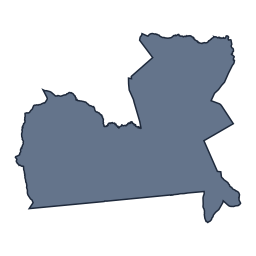 the district of Kalulushi, Copperbelt, Zambia
{"feature_id": "96606910B20946814397752", "entity_name": "Kalulushi", "entity_type": "district", "adm_level": 2, "iso_a3": "ZMB", "parent_name": "Zambia", "parent_adm1": "Copperbelt", "projection": "natural_earth1", "projection_center": [27.971, -12.761], "detail": "fine", "context": "isolated", "style": "filled", "palette": "slate", "viewbox_px": 256, "rotation_deg": 0, "n_neighbors": 0, "source": "geoboundaries", "source_scale": "gbopen_adm2", "svg_char_len": 5722}
<svg xmlns="http://www.w3.org/2000/svg" viewBox="0 0 256 256"><path d="M25.0,113.4L25.2,116.5L24.8,117.3L24.9,118.1L24.6,120.1L25.0,120.5L24.9,121.0L25.0,122.0L24.4,123.1L23.6,123.7L23.6,124.7L23.2,125.1L22.7,126.2L22.8,127.1L22.5,126.9L22.2,127.1L22.3,128.5L21.9,130.0L22.2,130.3L22.1,130.9L22.3,131.5L21.6,133.9L21.8,136.9L22.4,138.0L22.2,139.3L23.3,140.9L23.4,141.5L23.1,142.4L23.3,143.1L23.3,143.8L22.4,145.5L22.2,146.7L21.4,147.5L21.6,148.4L21.2,148.4L20.6,149.3L20.5,150.3L20.7,151.7L19.7,153.4L19.6,154.7L17.3,156.1L16.1,156.4L15.6,156.8L15.4,157.4L16.9,159.2L16.3,161.0L16.4,161.8L17.1,162.6L17.1,163.0L19.0,165.0L19.1,165.4L20.1,165.2L21.4,166.1L22.2,166.3L22.8,166.1L23.5,166.4L23.7,169.7L24.3,171.3L24.3,172.2L24.6,173.0L24.5,173.8L24.9,174.2L24.7,175.5L24.9,175.7L25.0,176.2L24.9,177.2L25.2,178.8L25.5,179.4L25.8,182.1L26.3,182.7L26.8,185.5L26.6,187.6L27.4,189.9L27.4,193.1L27.9,194.9L30.5,198.9L32.0,200.0L33.1,202.7L29.2,208.6L104.2,201.5L104.6,201.1L107.1,201.1L171.1,194.9L171.0,195.2L173.0,195.0L173.2,194.7L178.1,194.2L180.2,193.7L183.9,193.6L187.5,193.0L204.1,191.5L204.2,193.9L203.4,196.0L203.0,197.9L203.2,204.0L203.0,206.6L203.3,207.8L203.9,208.7L204.5,211.0L204.4,212.4L204.5,213.5L204.3,214.5L204.8,218.1L206.0,221.3L206.3,221.2L207.3,222.2L207.8,222.5L208.3,222.0L210.0,221.2L211.4,219.7L211.9,218.1L212.9,216.8L213.5,214.9L215.6,212.3L218.8,209.6L222.8,202.6L223.2,200.8L227.5,204.7L229.0,205.9L230.4,206.4L233.7,206.5L235.7,205.8L237.5,205.7L238.7,205.4L239.1,204.7L239.7,204.5L240.6,203.2L239.2,200.4L238.9,198.7L239.2,198.0L238.8,197.5L239.2,196.9L239.5,194.7L238.8,192.9L238.0,191.9L236.3,190.9L236.0,191.0L234.9,190.0L233.1,189.2L232.3,188.5L231.8,187.5L230.0,186.5L229.3,184.7L228.4,183.8L228.2,183.1L227.6,182.4L223.6,179.5L223.3,178.9L221.7,177.4L221.4,176.7L220.8,171.8L217.4,171.4L203.9,140.7L233.3,123.7L221.9,106.3L220.6,104.6L219.4,103.8L211.1,100.7L214.5,93.3L218.5,89.6L221.5,85.5L224.5,82.2L228.4,73.3L232.4,65.3L233.6,63.8L234.0,62.9L234.5,60.5L234.3,60.2L233.5,60.1L233.4,59.1L233.5,58.3L234.2,56.9L234.1,56.5L232.7,55.2L231.5,54.5L231.5,54.0L232.4,53.6L232.5,52.0L233.3,51.5L233.5,51.1L233.3,49.1L232.9,48.4L231.8,47.7L231.2,46.5L231.3,45.4L231.8,44.3L231.0,40.0L230.1,39.7L228.9,40.1L228.4,39.8L228.1,38.6L228.5,37.6L228.5,36.9L227.7,36.0L226.3,35.9L225.5,37.8L224.9,38.4L223.8,37.8L223.5,38.2L223.2,38.2L223.1,37.9L222.8,38.2L221.7,38.0L221.2,38.3L221.1,38.0L220.2,37.9L219.7,37.4L219.4,37.8L219.2,37.6L218.5,37.7L218.4,37.5L218.2,37.7L217.6,37.8L216.4,37.0L215.5,36.8L214.8,36.9L213.9,36.6L214.0,36.8L213.6,37.3L211.4,38.7L211.3,39.2L210.6,39.5L209.7,40.4L208.7,40.8L208.4,41.2L208.4,41.6L206.9,42.7L205.2,42.9L204.2,42.6L203.6,42.9L202.3,43.1L202.0,43.5L199.7,43.0L198.8,42.4L198.4,42.6L197.9,41.7L197.5,41.9L197.4,41.7L197.2,41.0L196.5,40.8L194.7,39.7L194.6,39.2L194.2,39.2L193.9,38.5L193.4,38.2L193.6,37.7L193.3,37.6L193.1,37.2L192.2,37.0L191.5,36.3L191.2,36.4L190.7,35.9L189.8,35.7L189.0,36.0L188.8,35.8L187.3,36.1L186.8,35.7L186.0,36.6L185.7,36.6L185.4,36.2L184.0,36.4L183.7,36.8L183.2,36.8L182.0,36.0L181.4,36.2L180.2,36.2L179.7,35.5L179.1,35.5L178.8,34.5L178.2,34.4L176.1,35.7L175.6,35.1L175.1,35.2L174.9,35.6L173.5,35.6L172.8,36.5L171.1,37.7L167.9,38.2L164.6,37.8L164.2,37.5L162.4,37.5L159.9,36.2L159.0,35.1L158.2,35.0L157.0,34.3L156.5,34.5L155.8,33.9L154.9,34.1L152.4,33.5L151.0,33.7L149.5,34.4L148.4,35.5L148.3,35.9L147.6,36.1L142.0,33.6L141.7,35.2L140.2,37.1L139.6,40.2L152.7,57.6L131.3,76.4L131.5,78.7L128.5,78.1L128.5,78.7L128.6,83.8L129.2,90.0L133.4,99.4L134.2,102.6L139.8,121.7L141.0,128.2L140.9,128.3L140.4,127.7L139.8,128.1L139.5,128.0L139.3,127.6L138.7,127.7L138.8,127.5L139.1,127.3L138.8,127.2L138.7,126.7L137.2,127.0L136.8,126.5L135.9,126.4L135.9,126.2L135.4,125.6L135.6,125.5L135.6,125.1L135.2,125.0L135.2,124.7L134.9,124.7L135.0,125.0L134.8,125.0L134.7,124.7L134.3,124.7L134.4,124.4L133.8,124.0L133.6,123.6L132.9,123.5L132.5,123.1L132.3,123.2L132.1,122.6L132.4,122.6L132.2,122.0L131.8,121.9L131.5,122.2L131.1,121.8L130.4,122.2L130.5,122.4L130.3,122.6L130.5,122.8L130.2,123.4L129.9,123.4L130.0,123.2L129.5,123.3L129.4,123.0L128.6,123.0L127.8,123.6L127.9,124.0L127.0,124.9L126.2,124.6L126.4,124.8L125.9,125.8L125.0,125.4L123.2,125.8L122.4,125.4L122.0,124.9L121.7,124.9L121.4,126.0L120.4,126.4L118.8,127.5L119.2,127.6L119.0,127.9L118.7,127.9L118.4,127.5L118.5,127.0L118.2,126.7L118.1,127.1L117.8,127.0L117.8,126.2L116.4,125.8L116.0,124.3L115.1,124.4L115.0,123.5L114.6,123.1L112.9,123.3L112.3,122.6L111.3,122.9L110.7,123.5L110.3,123.4L110.2,123.0L109.2,123.1L109.2,123.4L108.5,123.6L107.8,124.5L108.0,125.3L107.7,125.6L107.1,126.0L107.1,125.6L106.9,125.7L105.4,126.5L104.5,126.5L104.4,126.1L104.0,126.1L103.7,124.4L103.2,123.5L103.5,122.6L103.2,121.8L103.4,119.1L103.1,118.9L102.5,117.7L102.6,117.1L102.1,116.7L101.9,116.1L101.9,115.4L101.6,115.3L101.2,114.8L100.7,114.8L100.4,114.2L99.3,113.5L99.1,112.9L97.7,112.4L97.3,112.0L96.5,112.1L95.3,111.0L94.8,110.0L94.4,107.9L93.9,107.5L93.6,106.6L92.8,106.8L90.7,105.7L89.5,105.6L88.8,105.0L88.5,104.4L87.3,103.7L86.0,102.3L85.4,102.0L85.0,102.1L83.6,101.5L82.9,101.5L81.7,101.1L79.7,100.9L78.8,100.6L78.1,100.7L76.9,100.2L77.0,99.6L76.1,99.8L75.9,98.9L76.1,98.0L75.5,97.6L75.2,96.1L74.8,96.0L73.1,93.8L72.4,93.3L71.9,93.3L71.3,92.7L70.4,92.9L69.9,92.5L69.0,92.6L67.8,93.6L66.8,93.8L66.3,94.5L65.8,94.8L64.1,95.0L61.2,96.1L60.5,96.2L57.9,95.5L57.4,95.9L55.4,96.0L53.2,93.9L52.3,93.4L51.8,92.6L49.9,91.6L46.5,90.7L44.9,90.7L43.0,89.8L46.8,97.1L47.3,98.5L47.1,99.4L45.3,102.2L44.6,103.0L44.1,102.8L42.1,103.6L40.3,104.6L39.0,104.6L38.6,105.0L36.3,104.9L35.5,105.2L34.3,105.2L33.6,105.8L32.2,109.2L30.8,110.5L29.4,112.5L28.1,113.0L26.8,112.8L25.0,113.4Z" fill="#64748b" stroke="#1e293b" stroke-width="1.5"/></svg>